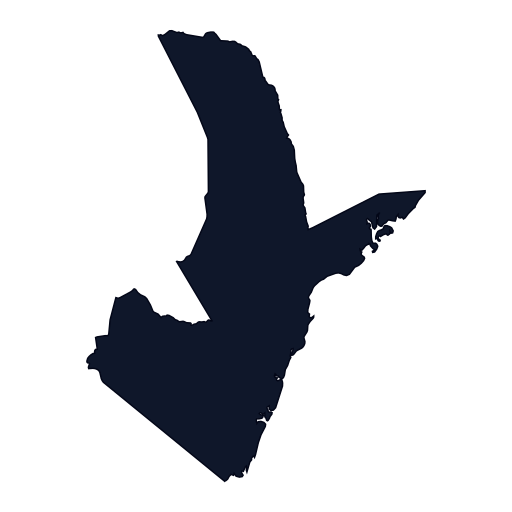 map outline of Coast (Robinson projection)
{"feature_id": "KEN-1193", "entity_name": "Coast", "entity_type": "Province", "adm_level": 1, "iso_a3": "KEN", "parent_name": "Kenya", "parent_adm1": "", "projection": "robinson", "projection_center": [39.627, -2.351], "detail": "fine", "context": "isolated", "style": "filled", "palette": "ink", "viewbox_px": 512, "rotation_deg": 0, "n_neighbors": 0, "source": "natural_earth", "source_scale": "10m", "svg_char_len": 6042}
<svg xmlns="http://www.w3.org/2000/svg" viewBox="0 0 512 512"><path d="M425.1,190.7L425.1,192.6L418.5,200.2L415.4,205.6L415.0,207.3L413.2,208.6L408.3,213.6L405.2,217.8L403.5,219.0L402.2,217.2L400.6,217.9L399.1,217.7L398.1,216.6L398.0,214.5L396.3,216.5L396.0,218.9L395.2,221.1L392.7,220.8L388.6,219.9L387.6,220.6L385.9,222.7L383.6,223.8L381.8,226.2L380.4,226.2L378.5,224.8L377.9,223.9L377.6,222.5L377.6,221.1L378.5,218.4L378.2,215.9L378.5,214.7L379.8,212.5L376.8,215.2L376.5,226.6L374.6,229.1L373.0,227.8L371.5,221.8L369.0,219.9L368.2,218.9L367.4,218.5L366.4,219.9L367.0,221.3L367.2,222.6L367.0,223.8L368.4,223.2L369.5,223.5L370.2,224.6L370.5,226.2L370.3,226.8L369.5,227.3L369.3,227.9L369.6,228.8L370.9,229.2L371.1,229.8L371.3,236.9L371.8,240.6L372.9,243.1L373.6,243.3L375.6,243.2L376.7,244.1L377.5,245.5L377.7,246.5L376.7,249.1L374.6,252.0L372.7,252.4L372.4,251.3L375.2,249.7L373.7,249.1L372.6,248.2L370.5,245.8L370.2,245.0L370.2,244.1L369.3,243.7L369.4,244.0L367.6,244.5L365.5,245.8L363.5,248.4L361.8,250.2L360.0,249.1L360.3,250.8L360.7,251.5L361.8,252.1L361.1,253.7L361.6,255.2L364.1,257.0L364.6,258.3L363.6,260.6L361.3,263.2L358.6,265.4L354.7,267.2L349.4,274.3L346.5,275.5L343.8,274.9L341.3,273.6L338.6,272.9L335.8,273.2L327.1,276.3L323.6,279.2L321.4,280.0L318.9,281.7L314.7,285.6L313.7,286.8L312.9,288.2L311.3,292.2L308.8,295.9L308.4,297.5L308.6,298.3L309.8,300.2L309.9,300.8L309.5,303.1L307.9,309.3L307.7,312.5L309.5,314.1L309.1,316.6L310.1,317.7L311.9,317.5L313.7,316.0L313.7,317.1L313.1,318.3L310.1,321.5L308.3,324.2L307.8,325.4L307.5,330.3L306.9,332.0L304.0,336.6L303.9,337.9L304.9,341.5L304.8,343.3L304.3,344.8L303.6,346.1L302.6,347.4L301.4,348.3L297.2,350.4L296.1,351.2L294.0,354.0L292.9,355.0L291.4,355.3L292.0,353.6L293.0,349.9L293.1,348.6L291.6,349.0L290.9,350.0L290.7,353.5L290.2,355.9L290.8,357.5L289.3,360.3L287.6,365.5L285.3,369.6L284.4,375.2L283.5,377.4L282.4,378.6L281.6,378.7L279.8,377.8L278.2,376.1L275.6,375.8L276.0,374.5L275.1,373.7L274.4,375.5L274.7,377.0L275.7,377.8L277.4,377.8L276.4,379.2L276.7,380.3L277.9,380.8L280.9,379.4L281.9,380.2L282.4,381.7L282.6,383.1L282.5,386.1L275.6,407.7L273.4,410.1L270.9,410.5L269.2,409.0L269.2,405.8L267.3,406.9L266.8,407.7L268.4,411.4L269.2,412.3L271.1,412.1L272.1,412.7L271.8,414.3L270.0,416.6L269.5,418.1L268.1,420.4L267.4,420.8L266.6,420.3L266.0,418.1L265.3,417.6L264.8,416.4L264.9,414.2L264.8,412.9L263.3,414.3L261.1,412.9L260.1,412.7L259.2,413.6L260.0,414.5L263.3,415.6L262.7,417.3L261.9,418.2L259.2,418.8L256.6,418.9L256.3,419.5L256.3,421.6L256.9,423.5L258.1,421.7L260.9,421.4L263.9,422.4L265.6,424.2L265.3,426.5L261.0,434.8L258.3,442.7L255.5,454.6L254.5,457.4L253.8,456.1L253.0,456.2L251.6,458.1L251.5,458.6L251.6,459.8L249.8,462.1L246.9,472.0L246.3,470.2L246.6,467.4L246.3,466.0L245.2,467.0L243.4,471.3L242.4,470.9L241.8,471.0L241.6,472.3L241.8,473.1L243.1,475.2L242.2,476.6L239.4,477.1L236.1,476.2L234.1,473.3L233.5,475.3L231.0,474.4L229.1,476.4L227.6,479.2L225.9,480.6L225.0,480.9L224.7,481.3L103.4,382.3L102.2,380.6L101.3,378.6L99.9,372.6L99.2,371.1L98.0,369.9L96.4,369.0L94.6,368.5L92.8,368.3L88.7,368.6L88.4,367.2L89.5,363.8L89.0,363.0L87.6,362.8L87.0,362.1L86.9,361.1L87.5,358.9L87.9,358.0L89.2,356.4L91.1,354.7L93.1,353.5L94.7,353.3L94.6,351.6L94.9,350.3L95.7,349.4L97.3,349.3L95.6,337.5L97.1,336.9L105.0,335.7L107.9,335.7L108.5,334.8L108.8,333.7L110.1,319.8L115.9,297.6L118.1,298.3L120.1,297.6L130.5,292.0L132.6,290.5L133.4,289.4L133.9,289.0L134.4,288.9L135.6,289.5L137.7,292.5L140.3,294.7L144.8,296.8L146.7,298.6L150.4,305.0L153.0,311.3L154.0,312.2L158.1,314.1L161.1,317.6L161.8,316.8L162.5,316.3L164.5,316.0L166.0,316.1L167.1,315.1L169.0,315.4L173.2,317.7L175.1,319.6L177.3,320.4L179.0,321.7L180.0,321.7L183.0,321.3L183.9,321.5L186.5,322.7L190.6,323.0L191.1,323.7L190.8,325.2L191.2,325.4L192.9,324.9L194.0,324.2L196.3,323.8L198.3,322.1L199.3,321.8L201.8,322.0L204.1,321.6L205.4,322.1L206.2,322.2L208.0,320.3L208.6,320.0L209.4,320.1L210.9,321.0L212.0,320.8L176.6,261.5L177.0,261.3L178.3,261.7L180.7,262.0L182.7,261.5L184.5,260.2L186.4,257.1L187.5,256.4L189.8,255.6L191.0,254.4L206.6,219.0L207.0,217.0L207.1,214.3L204.9,197.9L205.1,196.6L207.9,193.1L208.4,191.7L208.0,139.4L207.4,137.3L197.3,112.2L158.4,36.2L158.3,35.0L160.0,35.1L160.7,34.7L162.7,35.7L165.2,34.3L169.5,30.8L171.9,30.7L176.9,32.6L178.9,32.1L180.1,32.8L181.5,32.8L183.0,32.4L183.5,33.2L184.5,33.9L186.6,34.7L202.7,37.4L203.7,37.0L205.6,33.8L206.5,33.1L207.9,32.6L210.6,32.1L213.2,32.1L213.9,32.3L214.6,33.2L216.0,34.4L220.6,40.7L227.9,41.1L229.4,41.9L232.7,41.3L234.6,41.4L235.9,42.2L237.6,43.8L240.2,44.3L241.4,45.2L241.6,45.7L245.1,46.7L246.2,47.3L248.7,49.3L249.5,50.9L250.7,51.8L252.1,55.3L253.1,55.9L254.3,55.7L255.1,56.0L256.6,58.6L258.0,59.6L259.2,61.9L262.5,75.8L263.0,77.3L264.1,77.5L264.7,78.3L265.0,79.5L265.1,80.9L265.6,81.0L268.1,84.5L269.1,84.9L271.3,85.2L272.7,85.8L273.7,86.7L274.5,87.7L275.0,89.1L275.1,90.8L277.7,95.2L277.8,98.8L278.6,99.7L277.9,101.1L278.1,102.6L279.2,105.8L279.4,108.8L279.6,109.8L280.9,109.7L280.8,111.1L280.3,112.4L280.8,113.3L282.1,117.7L282.1,120.3L283.2,122.3L284.2,126.7L287.3,133.6L288.5,135.0L287.4,136.5L286.7,138.3L288.6,138.5L290.1,139.9L291.1,141.8L291.4,143.9L293.3,146.4L294.3,150.2L294.7,158.4L295.3,162.1L296.1,165.5L296.7,171.7L297.0,172.8L301.0,182.0L302.9,184.4L303.5,185.9L303.7,192.1L304.4,194.7L304.1,195.5L303.2,196.7L303.1,198.3L303.7,202.6L303.6,203.4L303.1,204.5L303.2,205.2L303.6,206.1L304.9,207.9L305.6,212.5L306.1,213.9L304.9,215.2L305.6,216.5L306.6,221.9L308.2,226.2L307.9,227.2L308.2,229.6L312.9,227.6L379.0,194.1L425.1,190.7ZM383.9,226.8L384.9,225.6L387.2,225.7L389.8,226.7L391.6,227.8L393.2,230.9L392.6,232.9L391.0,233.2L389.9,231.1L389.8,233.3L389.5,234.1L388.7,234.5L388.3,235.0L387.8,235.2L387.2,234.9L386.3,233.8L383.6,234.6L380.5,236.5L379.7,235.8L378.9,236.0L378.4,236.8L378.1,238.1L378.6,238.9L380.2,240.2L379.8,241.2L378.8,241.1L378.1,240.6L377.7,239.6L377.6,238.4L375.7,238.9L375.7,236.7L376.7,233.6L377.8,231.5L379.4,230.5L381.4,229.8L383.2,228.8L383.9,226.8Z" fill="#0f172a" stroke="#020617" stroke-width="1.5"/></svg>